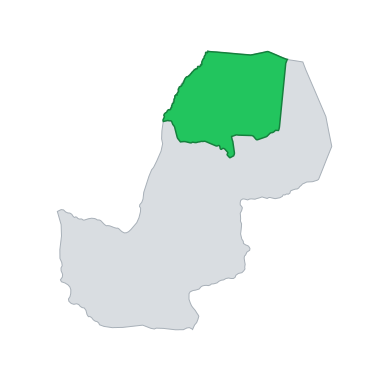 Boquerón highlighted on a map of Paraguay, rotated 79°
{"feature_id": "PRY-598", "entity_name": "Boquerón", "entity_type": "Department", "adm_level": 1, "iso_a3": "PRY", "parent_name": "Paraguay", "parent_adm1": "", "projection": "albers", "projection_center": [-61.074, -21.97], "detail": "fine", "context": "in_parent", "style": "filled", "palette": "green", "viewbox_px": 384, "rotation_deg": 79, "n_neighbors": 0, "source": "natural_earth", "source_scale": "10m", "svg_char_len": 6699}
<svg xmlns="http://www.w3.org/2000/svg" viewBox="0 0 384 384"><g transform="rotate(79 192 192)"><path d="M204.1,77.5L204.8,80.0L205.2,82.0L206.3,83.4L207.3,85.3L208.4,86.4L209.1,88.1L208.9,90.1L209.2,92.6L209.7,94.9L210.3,95.4L211.8,96.1L212.6,98.1L212.0,99.1L212.2,100.2L212.7,101.4L212.2,102.5L212.4,103.3L213.5,104.1L214.4,106.9L214.4,111.7L213.3,114.2L212.3,116.3L212.1,117.6L212.7,119.4L211.6,121.6L210.2,124.2L210.5,126.1L210.7,127.9L210.8,129.7L211.1,131.5L210.6,133.3L210.1,134.9L209.9,136.8L210.4,138.9L209.4,140.8L208.8,142.2L208.5,143.6L209.5,145.8L211.9,146.8L213.9,147.1L215.7,146.0L217.1,145.6L219.7,146.8L222.0,148.7L225.0,149.0L227.7,149.4L229.7,150.0L232.7,149.4L235.8,150.2L239.4,151.3L242.4,152.3L245.4,152.2L247.7,152.1L250.1,151.1L252.3,151.3L254.1,149.5L255.1,147.9L256.0,146.8L258.5,145.9L260.2,146.5L261.5,149.6L264.0,151.4L264.9,152.7L266.7,153.4L270.6,153.6L273.1,153.6L275.9,154.6L277.7,154.7L279.3,156.3L280.7,158.4L280.8,162.0L282.1,164.8L283.9,165.9L284.8,167.7L284.4,170.1L283.4,172.5L283.4,175.2L284.3,177.7L284.2,180.1L284.8,182.6L286.0,184.7L286.3,188.1L286.0,190.5L286.8,191.9L287.0,193.9L286.4,195.5L286.1,197.7L286.2,199.7L286.8,201.3L288.6,203.5L289.0,207.2L288.9,209.8L289.6,212.8L291.2,214.3L293.7,214.8L296.7,215.4L300.3,214.9L303.5,214.2L305.3,213.4L308.9,211.4L312.1,210.2L313.7,209.5L315.2,209.0L318.2,210.5L321.0,212.3L323.1,214.9L327.1,217.7L326.3,218.3L324.6,220.5L324.5,223.0L325.5,226.7L324.1,234.5L320.4,246.2L318.8,253.1L319.3,255.1L317.9,258.5L313.3,265.8L312.9,270.8L311.7,285.8L309.9,296.3L307.1,304.1L304.7,308.1L302.7,308.6L301.2,309.8L300.3,311.7L298.6,313.3L296.2,314.5L294.8,315.9L294.6,317.5L292.3,318.4L287.9,318.7L285.3,319.9L284.5,321.9L283.0,323.5L280.8,324.7L279.7,326.6L279.7,329.4L278.4,331.8L275.8,333.7L273.5,333.7L271.4,331.7L268.5,330.4L264.9,329.6L261.9,330.0L259.4,331.5L257.1,334.0L255.2,337.3L253.1,337.9L250.8,335.5L248.0,334.7L244.4,335.5L241.6,335.1L239.6,333.5L236.4,333.3L232.0,334.3L223.3,332.7L210.3,328.5L199.1,326.7L185.4,327.9L184.3,323.8L185.1,321.5L187.4,319.9L188.8,318.0L189.4,315.9L190.9,314.3L193.5,313.2L194.6,312.1L194.2,310.9L194.8,309.9L196.2,309.1L197.1,307.7L197.3,305.8L197.9,304.9L198.8,304.2L199.0,302.9L198.5,298.8L198.6,295.5L199.4,292.9L200.2,291.4L200.8,291.0L201.4,290.1L201.7,288.5L202.6,287.1L207.1,284.2L208.8,282.6L208.9,281.1L209.6,279.1L212.3,274.8L213.2,272.8L213.3,271.8L214.2,270.8L217.4,268.5L219.2,266.3L219.5,264.1L218.8,261.7L217.1,259.0L211.6,252.1L207.2,249.0L201.7,246.4L198.0,245.5L196.2,246.3L194.4,245.6L192.6,243.3L189.5,241.4L183.1,239.4L168.4,231.3L162.5,227.4L160.5,225.0L155.0,220.8L146.0,214.6L139.0,211.6L134.1,211.7L126.3,209.9L115.6,206.2L109.4,202.6L107.7,199.1L103.8,195.6L97.5,192.2L94.2,189.9L93.9,188.8L92.1,187.3L88.6,185.6L84.7,182.5L80.5,178.2L76.0,171.6L71.2,162.6L66.0,156.6L60.5,153.5L57.7,151.4L57.7,150.4L56.9,149.4L57.6,147.7L59.5,140.8L62.3,130.8L65.2,120.5L68.7,108.3L68.6,99.7L68.6,90.7L73.6,83.2L77.2,77.8L80.3,72.8L83.4,64.1L85.5,58.4L93.6,57.0L107.4,54.0L114.2,52.5L128.7,49.4L143.5,46.2L158.9,46.2L173.9,46.1L185.3,53.5L194.1,59.1L203.7,65.3L204.3,66.6L204.9,71.6L204.1,77.5Z" fill="#d9dde1" stroke="#a8b0b8" stroke-width="1"/><path d="M69.1,159.2L68.9,159.1L68.9,158.9L68.9,158.5L68.8,158.3L68.8,158.1L68.5,158.0L68.1,157.9L67.0,157.7L66.8,157.7L66.1,157.5L63.8,155.9L63.3,155.4L63.1,154.8L62.8,154.6L61.5,154.2L61.1,154.0L60.3,153.0L59.7,152.5L58.9,152.3L58.6,152.3L58.1,152.2L57.7,151.9L57.5,151.6L57.5,151.3L57.8,151.0L57.9,150.7L57.7,150.2L57.9,150.2L57.7,149.9L57.5,149.7L57.2,149.5L56.9,149.5L57.6,147.7L58.5,144.4L59.3,141.2L60.7,136.5L61.8,132.5L63.3,127.4L64.4,123.6L65.6,119.5L66.7,115.6L67.7,112.0L68.7,108.4L68.8,106.0L68.7,100.9L68.7,97.5L68.6,94.5L68.5,91.3L68.8,90.3L70.0,88.5L70.7,87.4L71.4,86.4L72.8,84.3L74.3,82.1L75.8,80.0L77.2,77.9L77.8,77.0L78.3,76.2L78.9,75.3L79.4,74.5L79.8,73.6L80.0,73.1L80.5,73.5L83.5,75.4L145.0,93.8L147.3,94.8L148.1,95.4L147.4,98.2L147.4,98.3L147.5,98.5L148.3,99.6L148.6,100.3L148.8,100.8L149.0,101.6L149.0,101.9L149.0,102.2L148.9,103.2L148.9,103.4L149.0,103.7L149.7,104.9L151.4,107.4L151.6,107.7L151.9,108.5L153.2,117.5L153.2,117.8L153.1,118.1L153.1,118.4L153.0,118.5L152.9,118.7L152.8,118.8L152.7,119.0L149.3,120.9L148.8,121.3L148.4,121.8L148.2,122.2L148.0,122.5L145.0,135.7L144.5,137.1L144.4,137.5L144.4,137.9L144.9,141.1L145.0,142.2L145.0,142.5L145.3,142.6L148.3,142.6L150.1,142.3L161.9,142.9L162.8,143.2L164.4,144.2L165.5,147.7L165.6,148.2L165.5,148.4L165.0,148.8L163.0,150.0L162.2,150.4L161.8,150.3L161.5,150.2L161.3,150.0L161.0,149.7L160.7,149.5L160.4,149.3L160.0,149.4L159.5,149.6L156.1,151.6L155.7,152.0L155.4,152.4L155.2,152.8L155.2,153.0L155.1,153.3L155.1,153.6L155.2,153.9L155.6,154.7L155.7,154.9L155.6,155.2L155.4,155.7L155.0,155.9L154.5,156.0L152.7,156.0L152.1,156.1L151.7,156.3L151.5,156.6L151.4,157.0L151.6,158.6L151.6,158.8L151.5,159.3L151.3,159.7L145.0,169.0L144.7,169.7L144.5,170.3L144.5,171.2L144.5,171.7L144.1,172.8L144.1,173.2L144.2,175.0L144.1,176.6L144.3,178.2L144.2,178.8L144.1,179.5L143.2,181.9L143.2,182.1L143.3,182.4L143.5,183.0L143.6,183.4L143.5,184.0L143.1,185.0L141.7,188.0L141.2,189.2L140.9,190.6L140.6,193.7L140.6,193.8L140.4,193.9L137.1,195.6L136.4,195.9L135.2,196.1L124.8,196.7L124.4,196.8L123.9,197.0L122.9,197.5L121.8,198.0L119.5,198.4L119.0,198.5L118.5,198.8L118.2,199.1L118.0,199.4L117.8,200.6L117.7,201.0L117.3,201.8L117.2,202.0L117.3,206.7L116.4,206.8L115.7,206.7L114.8,206.1L113.7,205.2L112.5,204.7L111.3,205.0L110.3,204.4L110.0,204.0L109.5,203.3L109.3,203.1L109.2,202.6L108.9,201.9L108.3,201.2L107.5,200.7L106.9,199.8L106.7,199.5L106.9,198.9L107.1,198.1L106.9,197.4L106.5,197.1L106.0,196.9L105.5,196.5L105.1,196.0L104.7,195.6L104.4,195.6L103.8,195.7L103.6,195.6L103.3,195.4L102.7,194.8L102.4,194.7L101.7,194.5L101.4,194.0L101.2,193.4L100.9,193.0L98.8,192.1L98.1,192.0L97.6,191.9L97.3,191.7L96.9,191.3L96.4,191.0L95.9,190.8L95.3,190.6L94.6,190.6L94.3,190.4L94.0,189.6L93.5,189.3L93.5,188.9L93.7,188.5L93.8,188.2L93.3,188.2L92.9,188.1L92.6,188.0L91.0,186.3L90.5,186.0L89.0,186.0L88.5,185.9L88.3,185.8L87.8,185.2L87.3,184.9L86.8,184.7L86.5,184.4L86.3,183.8L86.3,183.1L86.2,182.7L86.0,182.4L85.7,181.9L85.3,181.6L84.6,181.2L84.2,180.9L83.5,179.8L83.2,179.6L79.6,177.4L78.4,176.1L78.0,175.4L77.9,175.1L78.0,174.3L78.0,174.0L77.6,173.4L77.0,172.1L76.5,171.4L75.8,170.7L75.5,170.3L75.4,169.9L75.2,169.9L74.9,169.7L74.6,169.4L74.4,169.2L74.3,168.9L74.2,168.6L74.0,168.3L73.2,167.4L72.9,167.0L72.8,166.6L72.6,166.3L72.2,166.2L72.4,165.1L71.8,164.8L71.8,164.3L72.0,163.5L71.8,163.2L71.7,163.1L71.1,163.0L70.3,162.7L69.9,162.3L69.9,161.9L70.3,161.2L70.5,160.6L70.3,160.0L69.5,159.2L69.4,159.1L69.1,159.2Z" fill="#22c55e" stroke="#15803d" stroke-width="1.5"/></g></svg>